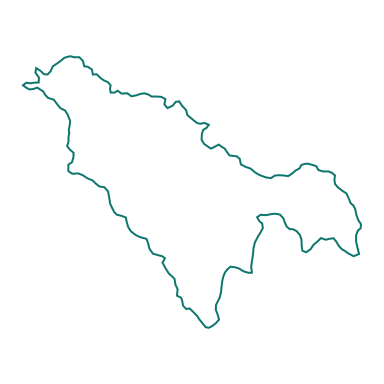 outline of Catuti, Minas Gerais, Brazil
{"feature_id": "56859067B68973211377835", "entity_name": "Catuti", "entity_type": "district", "adm_level": 2, "iso_a3": "BRA", "parent_name": "Brazil", "parent_adm1": "Minas Gerais", "projection": "robinson", "projection_center": [-43.092, -15.341], "detail": "fine", "context": "isolated", "style": "outline", "palette": "teal", "viewbox_px": 384, "rotation_deg": 0, "n_neighbors": 0, "source": "geoboundaries", "source_scale": "gbopen_adm2", "svg_char_len": 3064}
<svg xmlns="http://www.w3.org/2000/svg" viewBox="0 0 384 384"><path d="M335.0,175.4L331.9,172.8L328.5,171.4L323.3,171.5L318.5,170.1L316.2,166.1L312.0,164.8L308.8,163.9L305.6,163.7L301.5,164.9L299.4,168.5L296.1,170.2L292.0,173.6L288.2,176.1L283.7,175.5L278.9,175.2L274.8,175.6L271.0,178.1L266.4,177.5L262.3,176.1L259.1,174.8L255.2,172.5L250.5,168.5L245.6,166.9L240.9,164.4L239.7,158.8L236.7,156.3L233.2,155.9L229.6,155.5L227.0,152.1L224.9,148.8L221.7,146.7L218.6,144.6L215.1,146.6L210.9,148.6L206.9,145.9L204.1,143.9L201.6,139.8L201.9,133.7L203.3,129.8L206.4,128.0L208.8,124.8L204.3,122.9L200.4,123.8L197.3,123.1L194.7,121.2L191.0,118.1L187.4,115.1L186.1,110.1L182.1,105.8L179.2,101.4L175.8,101.8L172.6,105.7L167.5,108.1L164.4,104.4L165.4,99.2L161.5,96.9L156.5,96.5L151.5,96.5L148.4,94.5L144.4,93.3L140.3,93.9L136.5,95.3L131.5,96.3L127.4,93.3L121.6,93.6L117.6,90.7L114.5,92.6L110.7,92.6L110.0,88.8L110.6,85.2L107.8,82.1L104.1,80.5L100.4,78.0L96.8,74.3L92.9,74.5L91.9,69.5L87.7,66.7L84.3,66.4L82.9,60.9L79.3,57.2L74.8,57.3L70.0,56.2L64.3,57.8L60.7,60.9L57.4,63.2L52.8,66.4L50.6,71.3L47.6,74.4L44.0,74.3L40.9,71.1L36.2,68.1L35.4,72.6L38.9,77.4L38.7,82.5L34.2,82.7L30.2,83.3L26.3,82.7L23.0,85.3L26.3,87.8L29.5,89.4L33.2,89.0L37.4,87.6L40.2,89.6L43.1,91.3L45.1,94.7L48.2,98.0L53.7,99.6L57.1,104.1L60.7,108.4L65.0,110.4L67.7,114.7L70.2,121.1L69.7,125.4L68.8,129.4L69.2,133.3L68.5,137.0L68.5,141.9L67.1,146.1L69.7,149.4L73.6,152.9L73.4,157.5L72.0,162.2L68.4,164.6L68.3,171.1L72.4,173.8L78.2,173.4L82.8,175.2L87.4,178.3L92.7,180.5L95.6,183.4L99.2,186.4L104.4,187.3L108.0,191.3L108.9,196.0L109.6,199.7L110.0,203.3L112.1,207.9L114.4,212.3L116.8,214.7L121.4,215.8L125.9,217.5L126.7,222.0L128.3,227.3L131.0,231.4L135.5,234.9L139.5,236.9L142.9,237.9L146.5,238.9L148.1,243.3L149.4,248.6L152.9,253.6L158.1,255.2L162.2,256.2L164.9,258.2L162.5,262.7L165.6,268.4L168.9,273.6L171.9,276.2L174.6,279.1L175.4,284.5L177.6,289.1L177.0,295.7L181.1,297.7L182.3,301.1L183.0,305.6L186.2,309.0L189.6,308.4L193.6,312.3L197.1,315.9L199.5,319.6L202.8,323.7L205.7,327.2L208.8,327.8L211.9,326.2L215.8,323.3L219.0,319.6L217.8,315.0L215.8,309.7L216.0,305.0L217.9,301.2L219.8,297.3L221.0,292.2L221.5,286.9L222.3,280.8L223.4,276.3L225.1,272.3L227.5,269.2L230.6,266.7L235.1,267.3L238.8,268.4L243.5,271.3L248.5,272.8L251.9,272.7L251.2,266.8L251.9,261.5L252.5,257.8L253.1,253.5L253.5,248.1L254.9,242.4L257.8,236.9L260.7,232.2L262.8,228.1L262.2,223.4L259.5,221.4L257.1,217.2L260.7,214.8L265.7,215.2L270.8,214.2L274.6,213.7L279.8,214.5L283.4,218.3L284.6,222.0L286.5,226.3L289.6,229.1L293.2,229.3L296.6,231.1L299.9,235.0L301.5,239.7L301.6,245.0L302.3,250.6L306.1,252.3L310.6,249.2L313.5,244.8L317.6,241.4L320.9,238.1L325.7,239.7L329.8,238.7L333.6,238.3L336.4,241.8L338.6,245.6L341.7,249.1L344.8,250.9L348.1,253.3L353.6,256.2L359.1,254.0L357.5,247.8L356.1,241.5L356.1,235.4L357.9,230.5L360.6,228.3L361.0,224.2L358.2,220.0L356.3,214.5L355.1,208.8L353.4,205.6L350.6,203.1L348.8,198.6L346.5,193.5L342.2,190.7L337.8,187.3L335.0,183.9L334.4,179.5L335.0,175.4Z" fill="none" stroke="#0f766e" stroke-width="2"/></svg>